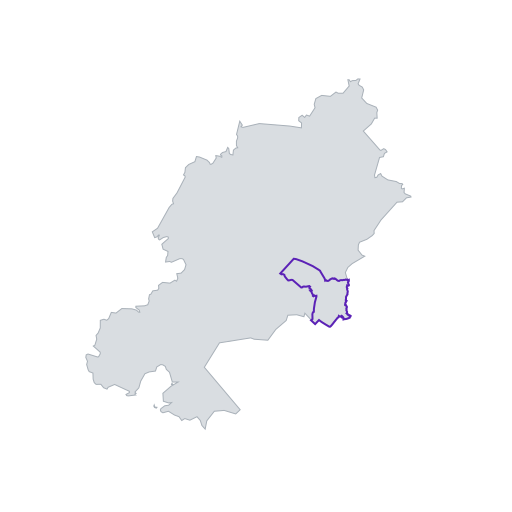 Kazakhstan, with South Kazakhstan highlighted, rotated 311°
{"feature_id": "KAZ-3251", "entity_name": "South Kazakhstan", "entity_type": "Region", "adm_level": 1, "iso_a3": "KAZ", "parent_name": "Kazakhstan", "parent_adm1": "", "projection": "albers", "projection_center": [68.818, 43.271], "detail": "fine", "context": "in_parent", "style": "outline", "palette": "violet", "viewbox_px": 512, "rotation_deg": 311, "n_neighbors": 0, "source": "natural_earth", "source_scale": "10m", "svg_char_len": 7746}
<svg xmlns="http://www.w3.org/2000/svg" viewBox="0 0 512 512"><g transform="rotate(311 256 256)"><path d="M298.8,341.8L296.2,343.0L294.8,345.1L292.9,344.5L289.4,348.4L278.8,354.5L272.3,362.8L272.2,366.7L270.4,366.7L266.2,363.8L266.9,360.5L264.9,357.9L251.0,358.0L248.9,345.6L243.4,345.2L244.9,330.4L241.6,332.0L238.4,325.3L232.2,318.9L227.1,321.1L213.6,319.1L200.2,320.2L192.0,309.2L190.7,305.7L166.5,285.4L138.1,290.0L129.6,344.9L123.5,344.3L118.6,333.3L111.5,326.4L99.3,327.0L92.0,331.2L92.6,326.4L95.3,321.9L96.0,316.9L88.7,313.8L86.6,308.9L83.1,307.9L84.2,303.3L82.5,298.8L81.4,291.8L76.6,288.6L76.2,286.4L77.1,284.8L78.4,284.4L83.1,285.4L86.1,288.0L90.0,288.4L87.8,286.5L85.6,281.4L91.3,275.8L101.9,277.3L109.8,279.9L106.0,275.5L111.5,267.0L111.6,262.7L113.2,260.0L112.7,257.0L111.5,255.3L107.2,253.9L103.2,255.6L98.5,251.5L94.3,249.4L85.9,251.1L79.6,254.1L73.9,253.9L73.6,255.6L72.9,255.0L72.0,255.6L72.1,256.3L66.6,251.4L65.8,250.0L66.2,248.7L69.8,250.1L70.8,249.2L66.3,233.6L59.9,230.5L57.8,230.9L56.6,227.4L57.4,223.1L54.2,219.5L54.3,217.0L56.2,213.9L60.7,209.7L59.3,206.0L60.0,204.0L63.0,199.4L66.0,197.9L67.8,194.1L70.0,192.7L71.8,193.5L75.8,202.6L76.6,203.3L80.1,202.6L81.2,201.5L81.3,192.3L83.0,192.9L88.7,190.4L91.1,187.4L94.3,187.4L99.5,185.7L105.3,180.7L108.5,182.7L109.6,185.5L112.1,185.9L118.5,183.8L121.1,187.8L128.3,189.2L134.7,197.0L136.7,201.3L136.6,204.3L137.3,205.2L138.5,203.5L138.3,199.1L139.3,198.3L145.3,204.6L148.2,206.3L152.0,204.9L153.2,203.1L156.9,201.0L158.1,201.7L162.0,201.0L165.7,204.2L167.8,203.9L169.9,201.7L174.8,202.8L179.1,208.9L184.5,210.6L184.9,212.6L187.9,211.6L190.7,207.8L193.9,210.7L198.9,211.0L203.5,208.9L205.8,203.6L205.6,202.1L204.0,200.2L195.8,196.3L195.2,194.4L192.1,191.7L196.1,189.2L198.4,189.0L201.7,186.6L200.2,181.4L203.1,177.2L211.6,178.4L212.7,177.5L212.2,176.0L209.1,173.9L204.9,172.7L204.7,171.9L205.4,170.3L208.3,169.4L207.8,168.6L205.7,168.8L203.4,167.5L206.2,161.9L212.4,163.5L235.7,158.6L239.9,158.6L241.3,159.5L242.8,157.0L245.0,155.5L251.7,155.0L269.1,150.8L269.9,149.7L269.6,148.1L272.4,147.5L276.4,144.8L281.0,145.2L287.1,148.0L292.0,145.8L293.6,148.4L296.2,156.1L296.0,159.6L295.2,161.2L295.6,161.9L297.8,162.6L303.8,161.7L305.4,159.8L307.3,162.8L308.0,165.4L309.2,164.6L308.9,163.2L309.4,162.5L312.1,162.8L315.1,164.8L319.4,163.4L319.2,165.0L316.0,168.5L315.9,170.1L317.1,172.3L321.1,169.5L324.3,170.0L325.7,171.2L326.5,168.8L329.8,165.9L333.2,164.6L334.5,163.4L334.9,161.6L347.1,155.3L345.8,159.8L343.7,159.9L344.5,161.8L358.1,171.6L376.2,196.2L382.5,206.2L386.3,203.1L386.1,199.5L388.6,197.5L392.5,198.5L392.5,201.8L395.5,201.6L396.7,204.7L406.6,203.3L408.7,200.4L414.1,197.9L420.3,200.2L425.3,207.4L432.2,208.8L432.8,211.3L435.9,214.9L445.4,214.8L449.3,209.7L450.1,210.7L449.5,212.9L451.5,213.6L454.0,216.2L456.5,216.7L457.8,218.4L452.9,220.1L452.5,221.9L453.2,225.4L452.0,228.3L444.6,232.1L443.8,239.5L447.1,249.0L445.9,252.1L443.5,253.1L439.5,257.0L437.9,255.1L431.3,256.4L420.7,255.0L417.3,279.9L417.6,281.0L420.8,282.0L421.3,283.9L420.6,286.6L417.7,285.6L414.5,287.0L411.4,284.6L394.9,292.3L393.1,294.4L394.6,295.5L397.4,295.0L400.0,296.0L398.9,298.6L399.9,305.5L404.2,313.0L404.9,316.8L406.5,318.8L406.3,319.8L404.8,319.6L402.5,321.2L402.5,322.3L404.5,323.5L401.0,326.1L400.8,327.8L402.7,333.5L402.2,334.3L398.6,331.4L393.0,331.0L389.1,327.1L365.2,326.7L352.6,328.4L350.5,330.4L347.5,330.3L341.3,328.7L334.3,325.1L331.5,326.0L327.4,329.2L326.2,335.4L327.2,338.2L313.4,333.6L307.6,332.8L302.1,334.3L298.2,340.4L298.8,341.8ZM76.8,280.5L75.8,280.6L75.1,278.8L75.7,277.3L76.8,276.9L75.6,278.7L76.8,280.5ZM104.6,277.7L103.8,277.3L103.5,276.5L104.7,276.1L104.6,277.7Z" fill="#d9dde1" stroke="#a8b0b8" stroke-width="1"/><path d="M298.1,340.4L297.9,340.7L297.7,340.9L297.8,341.2L298.3,341.6L298.5,341.7L298.8,341.8L298.5,342.1L298.1,342.4L297.9,342.5L297.7,342.6L297.2,342.7L296.7,342.6L296.4,342.7L296.3,342.8L296.3,343.0L296.2,343.1L296.1,343.3L295.9,343.5L295.7,343.9L295.5,344.2L295.4,344.5L295.3,344.8L295.2,345.0L294.9,345.3L294.6,345.4L294.4,345.3L294.2,345.2L294.0,344.9L294.0,344.7L293.9,344.6L293.7,344.4L293.4,344.3L293.4,344.2L292.8,344.5L292.3,344.7L292.0,345.0L291.8,345.2L291.7,345.5L291.5,345.8L291.5,346.1L291.4,346.1L291.2,346.3L290.9,346.4L290.8,346.5L290.7,346.5L290.2,347.3L289.8,348.0L289.7,348.2L289.6,348.4L289.1,348.7L288.6,349.1L288.3,349.2L288.0,349.3L287.9,349.4L287.8,349.5L287.7,349.7L287.5,349.9L287.3,350.1L287.1,350.2L286.9,350.3L286.2,350.3L285.6,350.4L284.9,350.6L284.1,350.8L283.9,351.0L283.7,351.2L283.6,351.3L283.0,351.8L282.4,352.3L282.1,352.4L281.8,352.5L281.7,352.6L281.4,352.9L281.4,353.1L281.4,353.3L281.5,353.4L281.6,353.6L281.6,353.8L281.1,353.8L280.8,353.7L280.7,353.7L280.6,353.8L280.4,353.9L280.2,354.1L279.9,354.0L279.7,354.0L279.2,354.2L278.9,354.4L278.8,354.5L278.6,354.7L278.6,354.8L278.5,355.0L278.4,354.9L278.2,354.9L278.1,355.0L277.8,355.1L277.6,355.2L277.5,355.3L277.4,355.4L277.4,355.5L277.5,355.6L277.6,355.8L277.7,356.1L277.6,356.9L277.5,357.6L277.4,357.8L277.2,358.0L276.8,358.3L276.6,358.4L276.4,358.5L276.2,358.5L275.9,358.5L275.7,358.6L275.5,358.8L275.4,359.1L275.3,359.3L274.9,359.5L274.5,359.6L274.3,359.8L274.2,360.0L274.0,360.6L273.7,361.2L273.6,361.4L273.5,361.5L273.2,361.7L272.8,361.8L272.6,361.9L272.5,362.0L272.4,362.2L272.4,362.4L272.2,362.3L272.2,362.6L272.2,362.8L272.1,363.0L271.9,363.3L271.9,363.5L272.0,364.1L272.0,364.7L272.1,364.9L272.1,365.0L272.3,365.2L272.6,365.3L272.6,365.5L272.7,365.8L272.8,366.0L272.6,366.3L272.5,366.6L272.7,366.8L272.4,367.0L272.2,367.0L271.9,366.9L271.6,366.7L271.4,366.8L271.3,367.0L271.2,367.0L270.9,367.2L269.5,366.5L268.6,366.0L268.2,365.8L267.8,365.5L267.4,365.2L266.9,364.7L266.4,364.1L266.2,364.0L266.0,363.9L265.8,363.9L265.6,363.8L265.5,363.7L265.8,363.5L266.1,363.4L266.2,363.2L266.3,363.1L266.5,363.0L266.5,362.9L266.6,362.7L266.8,362.2L267.0,361.7L267.0,361.2L267.0,360.9L266.9,360.9L266.8,360.7L267.0,360.6L267.1,360.4L267.0,360.2L267.0,359.9L266.9,359.9L266.7,359.9L266.7,360.1L266.6,360.3L266.5,360.2L266.4,360.1L266.2,360.1L266.0,360.3L266.0,360.2L265.9,360.0L265.8,359.7L265.8,359.4L265.7,359.3L265.7,359.2L265.4,358.8L265.2,358.5L265.2,358.4L265.0,358.1L265.0,357.9L264.8,358.0L264.7,358.1L264.3,358.3L264.0,358.5L263.9,358.5L263.7,358.5L263.5,358.4L263.3,358.3L263.1,358.2L262.9,358.1L261.3,358.2L259.9,358.2L258.9,358.3L257.5,358.3L256.3,358.4L254.6,358.5L253.5,358.5L252.2,358.5L251.7,358.4L251.2,358.3L251.0,358.0L250.7,357.6L250.3,355.4L249.9,353.2L249.6,351.3L249.3,349.4L249.1,347.5L249.0,345.6L248.9,345.6L248.7,345.5L247.3,345.5L246.1,345.4L244.9,345.4L243.5,345.3L243.4,345.3L243.4,345.2L243.5,342.2L243.6,339.7L244.7,339.9L245.5,340.0L249.1,336.7L250.8,335.9L251.8,336.3L254.2,334.3L259.7,330.8L265.1,328.2L265.6,327.7L265.3,327.5L264.6,326.8L264.5,325.8L264.1,325.7L264.1,325.2L263.7,325.4L263.4,326.6L263.2,325.1L264.2,324.2L264.5,322.9L265.3,321.5L265.4,319.9L266.5,320.6L266.9,319.4L266.8,318.4L266.5,317.8L267.3,316.9L268.3,316.9L268.3,315.9L265.8,314.0L264.7,312.7L264.6,312.3L264.0,311.8L263.4,311.5L262.9,311.6L261.9,310.8L261.9,299.3L261.1,298.2L259.7,297.3L258.7,296.4L258.8,294.7L259.5,291.1L260.4,289.7L260.0,288.2L258.9,287.3L258.7,285.8L278.7,286.3L280.0,288.4L282.4,294.5L285.6,305.5L286.8,312.9L286.9,314.1L286.6,314.6L284.0,322.6L283.1,324.0L282.8,324.4L283.4,324.6L283.8,325.0L283.7,325.7L284.4,326.7L284.9,326.9L286.0,327.3L287.0,327.3L287.5,327.5L288.3,327.9L289.2,328.2L289.4,329.2L289.8,329.6L290.2,329.5L290.5,329.8L290.3,330.3L290.9,330.8L290.8,331.2L291.0,331.8L290.9,332.9L291.1,334.2L291.7,335.1L292.5,335.3L293.0,335.5L293.7,336.1L294.2,336.8L294.6,337.3L295.1,337.5L296.3,338.8L297.1,339.1L297.2,339.5L297.4,339.7L297.5,339.9L298.1,340.4L298.1,340.4Z" fill="none" stroke="#5b21b6" stroke-width="2"/></g></svg>